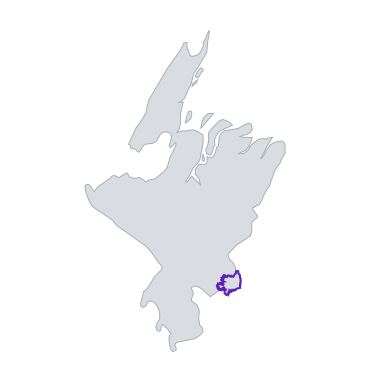 location of Nawabganj, Rajshahi, Bangladesh, rotated 217°
{"feature_id": "16705992B76725860359822", "entity_name": "Nawabganj", "entity_type": "district", "adm_level": 2, "iso_a3": "BGD", "parent_name": "Bangladesh", "parent_adm1": "Rajshahi", "projection": "robinson", "projection_center": [88.409, 24.691], "detail": "fine", "context": "in_parent", "style": "outline", "palette": "violet", "viewbox_px": 384, "rotation_deg": 217, "n_neighbors": 0, "source": "geoboundaries", "source_scale": "gbopen_adm2", "svg_char_len": 8571}
<svg xmlns="http://www.w3.org/2000/svg" viewBox="0 0 384 384"><g transform="rotate(217 192 192)"><path d="M139.1,268.4L139.0,259.7L133.6,242.5L133.9,240.6L132.7,232.3L131.4,227.7L130.7,222.8L133.9,215.8L132.6,214.6L125.5,212.5L124.6,210.7L126.1,203.8L121.0,197.2L118.9,192.3L124.4,176.5L125.8,165.5L125.4,163.4L122.0,161.0L116.1,160.0L111.9,157.9L109.4,154.8L107.3,153.6L104.7,154.5L101.5,153.3L98.7,150.2L96.4,146.4L97.3,142.3L101.6,132.6L103.3,132.4L107.0,134.2L108.4,134.2L110.9,130.4L114.3,119.5L126.4,120.4L129.2,120.1L132.3,119.2L133.9,117.8L134.8,116.1L134.5,114.6L130.8,112.5L129.4,111.0L128.3,106.6L127.2,104.9L120.0,104.7L116.2,102.7L114.2,100.9L110.5,94.9L105.9,90.5L101.6,89.5L99.9,88.1L99.0,85.8L99.5,82.5L101.7,76.2L113.7,62.7L114.0,61.1L113.5,59.4L110.0,57.2L109.8,56.1L110.8,53.3L112.7,52.9L116.9,55.5L121.1,59.7L123.6,63.4L123.6,66.4L126.9,67.0L129.6,68.3L132.5,67.9L134.3,68.6L135.5,68.4L136.0,66.7L133.6,62.4L134.7,60.6L137.5,60.7L139.5,62.3L140.9,65.6L141.2,70.7L144.4,75.3L148.7,78.6L152.0,80.1L156.0,81.2L159.4,80.2L161.1,76.9L160.3,74.1L160.9,71.5L162.2,70.1L164.4,70.1L166.0,72.2L170.7,83.2L169.7,88.1L170.8,101.6L169.7,110.5L170.4,113.8L171.2,114.5L178.3,116.1L188.5,119.6L196.3,121.0L231.6,120.0L239.3,121.7L262.8,120.4L269.3,123.2L276.3,127.8L280.2,131.2L281.0,133.2L280.5,134.9L279.2,135.8L276.8,135.8L271.3,133.6L270.3,134.2L270.3,139.6L265.9,152.9L265.2,157.0L263.7,158.6L259.0,159.5L256.0,167.3L254.7,168.2L251.7,166.5L249.8,166.8L247.4,167.5L245.0,169.3L243.4,171.5L241.5,172.3L234.9,172.2L233.6,175.7L229.3,180.5L226.4,193.0L226.7,196.8L230.4,206.8L233.0,219.7L234.0,221.1L235.2,221.2L235.3,215.2L236.4,214.5L238.0,215.1L241.1,223.1L242.9,225.2L245.6,225.7L248.8,224.5L251.1,222.2L252.0,219.7L251.1,210.9L252.6,207.4L257.9,202.1L258.7,200.5L258.3,191.8L260.3,191.5L263.1,192.2L266.5,190.1L267.5,190.0L269.0,192.3L271.4,191.9L275.2,209.2L275.6,221.4L276.5,228.2L277.8,229.7L281.9,239.9L286.0,275.7L286.6,298.5L288.2,306.3L286.9,308.0L285.6,308.3L284.3,305.6L275.6,299.8L273.5,300.4L270.6,303.8L269.4,306.9L269.9,311.3L270.9,315.6L273.0,318.0L273.2,320.8L275.6,331.0L274.9,331.1L270.1,321.7L264.3,312.6L262.3,296.1L262.1,288.0L258.1,278.5L254.4,261.9L255.9,256.0L253.2,258.6L248.8,248.6L242.0,238.8L240.0,234.5L239.9,230.3L237.0,234.5L233.0,237.5L229.0,242.0L226.3,243.3L217.7,244.2L212.8,238.2L205.6,223.5L204.7,220.2L205.6,211.6L203.9,203.5L203.4,196.3L202.1,196.9L201.6,198.9L201.9,201.9L201.4,204.5L189.5,202.8L194.6,207.1L200.0,208.1L202.9,211.9L203.1,218.3L197.7,222.2L198.2,225.4L201.3,229.3L197.6,230.5L196.6,233.0L196.5,236.7L199.2,242.3L198.7,244.6L203.2,251.9L204.1,255.5L203.0,260.4L193.3,270.6L190.5,277.7L188.1,281.1L185.2,281.7L181.5,278.3L181.4,274.8L182.2,272.0L187.2,265.3L184.5,266.2L176.6,271.8L175.1,267.3L174.1,263.1L174.1,258.0L177.9,250.4L173.6,254.2L172.4,259.0L172.9,264.5L172.4,268.5L170.7,273.7L168.4,276.8L164.7,278.8L163.1,281.8L160.6,284.1L159.7,273.7L157.0,259.6L156.4,262.6L157.8,271.3L157.8,277.0L155.8,281.5L151.7,286.3L148.6,287.0L146.7,286.2L140.9,279.0L140.3,272.2L139.1,268.4ZM210.9,268.6L203.6,270.3L199.9,269.7L206.8,257.1L206.5,251.5L205.4,246.9L201.9,243.2L201.7,240.5L200.1,236.9L199.3,232.7L203.2,231.3L206.3,233.8L207.5,238.5L209.1,242.1L214.5,249.5L214.5,254.1L213.0,265.2L210.9,268.6ZM226.3,264.4L222.0,267.8L223.3,247.9L226.6,255.3L227.5,259.3L226.3,264.4ZM243.2,254.5L241.3,255.9L239.4,254.7L237.1,250.0L238.2,244.1L238.9,243.2L241.7,249.3L243.2,254.5ZM259.7,296.5L257.2,296.8L256.0,295.3L256.5,293.3L255.8,286.9L259.0,286.2L260.2,291.6L259.7,296.5ZM256.8,278.5L255.0,284.9L254.3,282.0L255.5,276.4L256.8,278.5ZM205.1,226.5L205.8,228.6L201.8,225.9L200.7,224.0L202.5,223.1L205.1,226.5Z" fill="#d9dde1" stroke="#a8b0b8" stroke-width="1"/><path d="M111.8,130.2L111.7,130.2L111.7,130.4L112.0,130.5L111.9,130.6L112.0,130.7L112.1,130.9L112.0,131.1L111.8,131.3L111.7,131.4L111.5,131.2L111.5,131.4L111.3,131.5L111.0,131.2L110.8,131.3L110.8,131.1L110.6,131.2L110.6,130.8L110.4,130.8L110.4,131.0L110.2,131.1L110.1,131.3L109.9,131.2L109.5,131.4L109.6,131.7L109.4,131.8L109.4,132.1L109.3,132.3L109.4,132.5L109.2,132.5L109.1,132.4L109.1,132.5L109.0,132.4L108.9,132.5L109.0,133.1L109.3,133.2L109.2,133.5L109.4,133.4L109.7,133.4L109.8,133.7L109.7,133.8L109.6,134.1L109.5,134.4L109.3,134.4L109.3,134.6L109.2,134.7L109.2,134.8L108.7,134.5L108.8,134.4L108.7,134.1L108.5,134.3L108.4,134.2L108.4,134.3L108.2,134.4L108.1,134.7L107.9,134.6L107.8,134.3L107.8,134.2L107.7,133.9L107.3,134.0L107.3,133.9L107.1,133.8L106.9,133.7L106.9,133.4L106.7,133.5L106.6,133.8L106.5,134.4L106.4,134.5L106.2,134.4L106.3,134.1L106.4,133.7L106.4,132.7L106.3,132.3L106.2,132.1L105.9,131.9L105.4,131.4L105.2,131.1L104.9,130.6L103.9,130.6L103.2,130.9L103.0,130.7L102.9,130.9L102.7,131.1L102.5,130.9L102.4,131.1L102.3,131.4L102.0,131.4L102.1,131.5L101.6,131.8L101.5,131.7L101.2,131.6L101.3,132.7L101.6,132.8L101.8,133.0L101.9,133.3L102.1,133.5L102.3,133.6L102.4,133.8L102.1,133.9L102.0,133.7L101.8,134.1L102.1,134.3L102.0,134.7L102.3,135.1L102.6,135.1L102.7,135.3L102.5,135.2L102.2,135.4L102.2,135.8L102.0,135.7L101.7,135.8L101.7,135.6L101.7,135.8L101.5,135.7L101.4,135.7L101.4,136.1L101.5,136.1L101.3,136.1L101.2,136.4L101.3,136.5L101.0,136.5L101.0,136.4L100.9,136.4L101.0,136.7L101.0,137.3L101.1,137.9L100.9,137.9L100.6,137.2L100.1,137.5L99.8,138.2L99.8,139.1L99.4,139.1L99.1,139.0L98.7,139.6L98.4,139.5L98.3,139.9L98.5,140.0L98.2,140.5L98.4,140.9L98.0,141.9L97.8,142.2L97.7,142.4L97.5,142.5L97.2,142.7L95.8,144.5L96.4,145.1L96.6,145.4L97.1,145.7L97.6,146.6L98.3,147.6L98.4,147.9L98.9,148.7L99.1,149.4L99.5,149.9L99.8,150.4L100.8,151.5L101.3,152.1L101.6,152.4L102.0,152.5L102.6,152.9L103.1,153.5L103.3,153.8L103.4,154.1L103.6,154.4L104.1,154.6L104.9,154.7L105.7,155.1L106.3,155.2L106.8,155.6L107.1,156.0L107.2,156.3L107.5,156.6L108.7,155.6L109.0,155.6L109.1,155.1L108.5,154.4L108.3,154.0L108.2,153.8L108.2,153.6L108.0,152.9L108.3,152.3L108.4,151.6L108.2,150.6L107.9,149.8L107.9,149.5L108.1,149.5L108.0,149.3L108.2,149.2L108.4,149.3L108.6,149.3L109.0,148.8L109.2,148.4L109.7,148.5L110.1,148.1L110.1,147.8L110.3,147.6L110.5,147.8L110.6,148.0L110.7,147.8L110.8,147.6L111.2,147.7L111.3,147.8L111.6,147.8L111.8,147.6L112.4,147.4L112.6,147.0L112.9,147.0L112.9,146.9L112.7,146.7L112.7,146.3L112.8,146.2L113.2,146.1L113.3,145.7L112.8,145.5L112.8,145.4L113.0,145.3L113.4,145.3L113.4,145.0L113.4,144.7L113.5,144.6L113.8,144.6L114.0,144.8L114.4,144.8L114.4,145.0L114.7,145.0L114.7,144.8L115.1,145.0L115.1,144.9L115.3,145.0L115.5,144.9L115.7,145.1L115.8,145.1L115.8,144.9L115.7,144.6L115.9,144.5L116.2,144.6L116.2,144.2L116.6,144.3L116.6,144.2L116.6,143.9L116.2,143.9L116.1,144.0L115.8,144.0L115.7,144.1L115.3,144.0L115.0,144.5L114.6,144.3L114.3,144.1L114.5,143.7L114.7,143.8L114.9,143.7L115.1,143.7L115.3,143.9L115.5,143.7L115.4,143.6L115.7,143.4L115.7,143.2L115.7,142.9L115.6,142.7L115.8,142.6L116.0,142.5L116.1,142.1L116.4,142.1L116.5,141.5L116.6,141.4L116.3,141.3L115.9,141.1L115.7,141.4L115.4,141.4L115.1,141.3L114.9,141.5L114.6,141.4L114.6,141.1L114.7,140.7L114.3,140.6L114.4,140.2L114.9,140.0L115.1,140.1L115.1,140.7L115.3,140.7L115.5,140.9L115.7,140.6L115.9,140.8L115.8,140.6L115.7,140.3L115.9,140.0L116.0,139.7L115.9,139.5L115.7,139.6L115.4,139.5L115.1,139.8L115.0,140.0L114.8,139.8L114.8,139.7L114.3,139.5L114.4,139.3L114.2,139.2L113.9,139.3L113.4,139.3L113.2,139.6L112.5,139.7L112.8,139.4L112.7,139.1L113.0,138.9L113.3,138.9L113.3,138.7L113.2,138.5L113.3,138.3L113.5,137.8L113.6,138.0L113.9,137.5L113.8,137.4L114.0,137.1L113.9,136.9L113.6,137.1L113.4,137.3L113.1,137.1L112.8,137.1L112.6,137.1L112.5,136.9L112.5,136.7L112.9,136.7L112.8,136.3L112.6,136.3L112.6,136.6L112.3,136.6L112.2,136.9L112.1,137.0L111.9,137.0L111.7,137.3L111.3,137.2L111.4,136.7L111.4,136.8L111.5,136.9L111.9,136.8L112.0,136.8L112.1,136.6L111.8,136.4L112.0,136.3L112.3,136.3L112.3,136.2L112.2,136.0L112.5,135.9L112.6,136.1L112.8,136.0L112.9,135.9L113.0,135.9L113.1,136.1L113.5,136.3L113.7,135.9L114.4,136.0L114.4,135.8L114.3,135.7L114.1,135.5L113.9,135.5L114.1,135.2L114.5,135.3L114.7,135.6L115.0,136.0L115.2,135.7L115.1,135.1L115.4,135.0L115.4,134.9L115.6,134.8L115.6,134.6L115.7,134.3L115.9,134.3L115.7,134.0L115.7,133.9L115.6,133.6L115.5,133.4L115.5,133.2L115.9,133.0L115.9,132.7L115.7,132.5L115.8,132.3L115.8,132.2L115.5,131.9L115.3,131.9L114.9,131.5L114.5,131.8L114.1,131.8L114.2,132.1L114.4,132.2L114.4,132.4L114.4,132.5L114.1,132.6L113.9,132.4L113.7,132.4L113.3,132.0L113.3,131.8L113.3,131.7L113.4,131.3L113.3,131.2L113.5,130.7L113.4,130.4L113.1,130.2L112.9,130.2L112.4,130.4L112.0,130.5L111.8,130.2Z" fill="none" stroke="#5b21b6" stroke-width="2"/></g></svg>